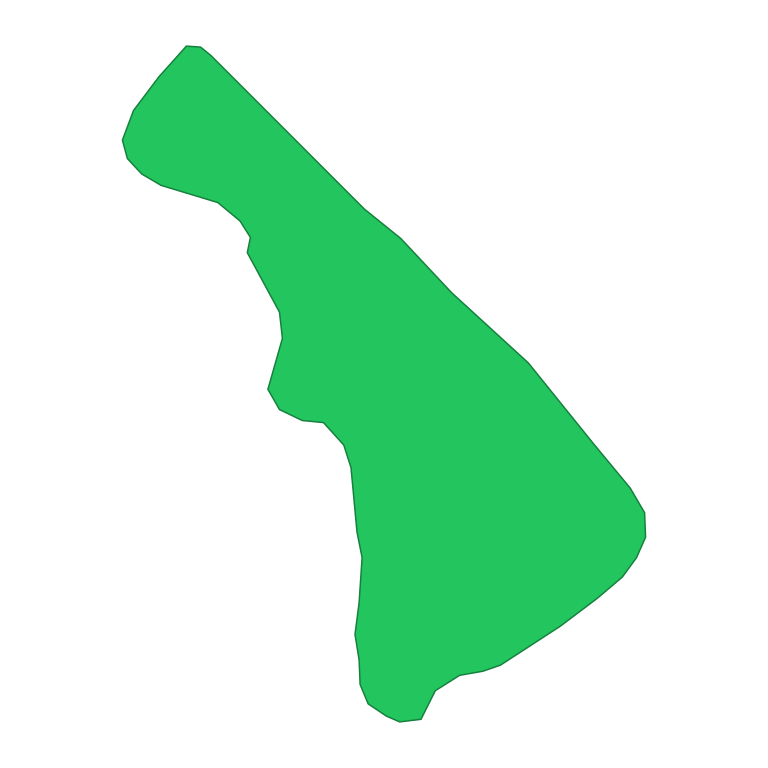 Elobey Chico, Equatorial Guinea (Albers equal-area conic projection)
{"feature_id": "11065452B42024070816207", "entity_name": "Elobey Chico", "entity_type": "district", "adm_level": 2, "iso_a3": "GNQ", "parent_name": "Equatorial Guinea", "parent_adm1": "", "projection": "albers", "projection_center": [9.518, 1.0], "detail": "fine", "context": "isolated", "style": "filled", "palette": "green", "viewbox_px": 768, "rotation_deg": 0, "n_neighbors": 0, "source": "geoboundaries", "source_scale": "gbopen_adm2", "svg_char_len": 715}
<svg xmlns="http://www.w3.org/2000/svg" viewBox="0 0 768 768"><path d="M200.6,47.1L186.4,46.1L158.9,76.8L133.5,110.5L122.4,140.2L127.4,158.6L141.7,174.0L161.1,185.4L185.2,192.7L217.9,202.6L240.1,221.1L250.4,237.4L247.3,252.7L279.5,312.2L282.4,338.4L267.9,389.3L279.5,409.6L302.2,420.5L323.5,422.6L343.8,445.1L351.0,467.6L357.0,532.1L362.1,557.6L359.1,602.7L355.0,634.4L359.1,659.9L360.1,684.5L368.2,703.9L386.5,716.2L399.7,721.9L421.0,719.3L435.3,690.7L459.7,675.3L483.0,671.2L500.5,665.1L560.3,626.2L596.9,598.6L622.3,577.1L636.5,557.7L645.6,537.2L644.6,512.7L630.3,488.2L592.9,443.0L528.3,362.9L451.6,292.7L400.8,238.5L364.4,209.1L211.0,55.6L200.6,47.1Z" fill="#22c55e" stroke="#15803d" stroke-width="1.5"/></svg>